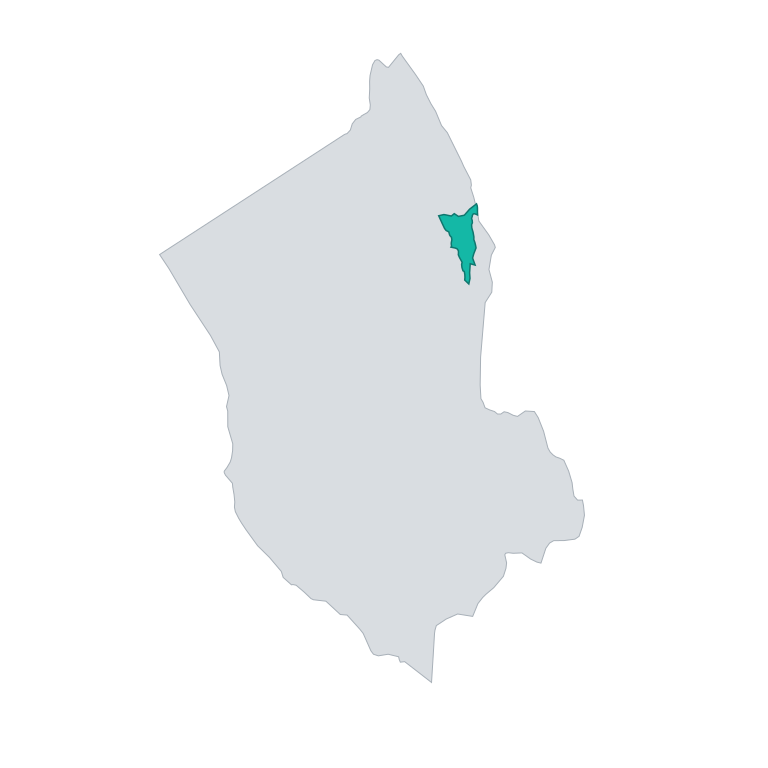 where Kabarole sits in Uganda, rotated 147°
{"feature_id": "UGA-3106", "entity_name": "Kabarole", "entity_type": "District", "adm_level": 1, "iso_a3": "UGA", "parent_name": "Uganda", "parent_adm1": "", "projection": "equal_earth", "projection_center": [30.23, 0.607], "detail": "fine", "context": "in_parent", "style": "filled", "palette": "teal", "viewbox_px": 768, "rotation_deg": 147, "n_neighbors": 0, "source": "natural_earth", "source_scale": "10m", "svg_char_len": 3209}
<svg xmlns="http://www.w3.org/2000/svg" viewBox="0 0 768 768"><g transform="rotate(147 384 384)"><path d="M501.7,614.8L493.9,614.8L481.1,614.8L468.2,614.8L455.4,614.8L442.6,614.8L429.8,614.8L417.0,614.8L404.2,614.8L391.4,614.8L378.6,614.8L365.7,614.8L352.9,614.8L340.1,614.8L327.3,614.8L314.5,614.8L301.7,614.8L288.9,614.8L281.3,614.8L279.8,614.5L278.7,614.1L273.9,615.3L268.9,619.5L263.6,621.3L257.9,620.6L257.2,621.1L254.3,621.0L250.1,620.7L246.4,621.8L243.5,625.5L240.6,631.9L235.3,639.2L231.2,645.7L227.7,650.3L219.7,658.0L215.4,660.2L213.2,659.8L211.9,658.4L209.4,648.7L207.8,647.1L192.3,652.1L189.9,652.2L190.1,649.2L189.0,626.3L188.8,612.4L190.9,603.6L192.0,593.5L192.2,584.6L195.0,569.4L194.0,560.3L197.7,528.5L198.6,523.3L200.1,507.9L202.4,503.2L204.4,501.3L207.0,491.8L212.2,476.8L215.7,469.0L214.9,452.0L215.5,440.5L216.3,437.9L223.8,433.6L233.6,422.9L237.7,410.4L243.6,402.3L254.8,397.2L288.3,354.0L303.9,330.8L310.7,318.9L310.9,314.7L312.2,309.0L309.5,304.7L306.3,300.7L305.2,297.0L302.4,295.2L298.4,295.3L295.7,292.6L292.7,287.4L289.7,284.1L280.2,284.4L272.9,279.0L273.0,271.8L275.9,257.4L281.4,241.0L281.7,236.5L280.9,232.6L279.6,229.3L277.1,226.1L274.7,222.1L276.6,210.3L280.0,198.8L282.9,193.0L285.7,186.5L284.9,181.2L280.8,178.6L282.9,173.4L287.4,164.7L295.9,155.8L303.4,150.0L308.4,149.9L318.2,154.6L327.0,160.2L331.8,160.4L337.7,158.1L349.9,148.3L352.8,151.4L356.4,157.4L360.3,167.2L367.9,171.7L371.6,174.8L374.2,175.8L375.7,175.0L378.6,167.2L382.1,163.0L388.6,157.7L402.9,153.4L413.2,152.1L417.5,151.2L424.8,148.7L436.2,140.8L447.5,151.0L459.8,153.0L471.7,152.9L475.3,149.8L477.4,147.4L489.8,130.6L506.7,107.8L517.9,139.9L521.8,141.8L521.3,144.6L520.3,147.3L527.7,155.1L536.8,159.1L540.0,163.1L540.3,167.4L537.3,186.1L537.8,191.5L540.8,210.3L546.2,214.5L551.0,233.5L560.7,241.5L562.1,243.8L564.3,253.0L567.3,263.1L569.6,265.4L571.0,266.0L573.9,276.7L572.2,282.7L574.5,300.9L578.1,317.2L579.1,336.7L579.2,345.2L579.0,350.5L578.2,357.9L576.5,362.2L573.4,366.3L570.0,372.9L567.0,379.9L565.2,383.3L566.6,393.8L566.3,396.6L565.5,397.9L561.1,399.5L555.5,402.3L552.1,405.1L547.3,410.5L543.4,416.2L538.3,433.2L529.8,446.4L528.4,450.8L520.3,458.7L516.8,468.4L514.5,480.3L511.4,488.8L504.6,500.6L503.1,519.1L503.3,556.1L501.5,598.2L501.7,614.8Z" fill="#d9dde1" stroke="#a8b0b8" stroke-width="1"/><path d="M208.3,484.7L208.8,482.6L209.7,480.8L213.5,474.9L214.1,475.8L214.7,476.7L215.5,477.6L216.0,477.9L216.6,478.0L217.5,477.6L218.4,477.0L218.8,476.4L220.3,475.3L221.0,473.0L222.1,471.0L223.0,470.5L223.9,469.7L224.6,468.4L225.3,467.2L226.7,462.6L228.5,458.4L230.0,456.2L230.7,453.2L231.6,450.6L232.7,448.0L237.7,444.4L241.1,441.4L242.8,434.1L246.2,437.9L251.6,430.7L254.4,425.7L258.4,421.7L259.7,427.2L258.0,429.4L256.6,431.8L255.4,434.6L255.7,435.3L256.1,435.9L255.2,439.2L253.8,442.0L252.2,443.5L251.8,448.9L251.3,451.9L250.2,453.3L249.0,455.3L249.1,457.7L250.2,459.2L253.3,462.3L252.3,462.8L251.3,464.9L250.4,466.1L248.6,467.9L247.5,470.3L247.8,471.8L247.8,473.3L246.8,476.3L248.3,478.9L248.5,481.4L247.7,487.3L246.5,495.3L241.5,493.5L239.8,491.9L238.0,490.1L236.0,488.2L232.3,488.6L230.3,484.0L224.7,481.8L217.0,484.0L208.3,484.7Z" fill="#14b8a6" stroke="#0f766e" stroke-width="1.5"/></g></svg>